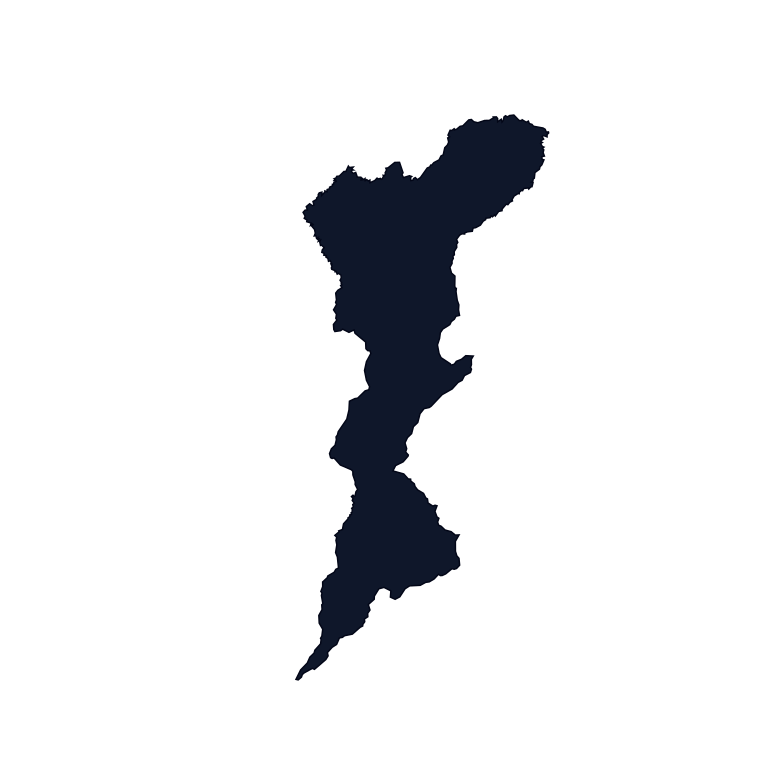 outline of Sevilla, Valle del Cauca, Colombia, rotated 29°
{"feature_id": "7082276B53054479905694", "entity_name": "Sevilla", "entity_type": "district", "adm_level": 2, "iso_a3": "COL", "parent_name": "Colombia", "parent_adm1": "Valle del Cauca", "projection": "natural_earth1", "projection_center": [-75.905, 4.158], "detail": "fine", "context": "isolated", "style": "filled", "palette": "ink", "viewbox_px": 768, "rotation_deg": 29, "n_neighbors": 0, "source": "geoboundaries", "source_scale": "gbopen_adm2", "svg_char_len": 6121}
<svg xmlns="http://www.w3.org/2000/svg" viewBox="0 0 768 768"><g transform="rotate(29 384 384)"><path d="M448.5,316.3L441.8,319.6L439.8,324.8L436.3,329.1L435.9,332.5L433.5,335.1L432.3,334.2L421.1,333.3L417.3,330.6L411.8,323.9L410.5,317.2L408.4,311.8L408.8,307.4L412.8,300.1L412.6,296.8L414.1,293.2L414.1,289.8L416.8,287.4L413.3,283.1L411.1,278.5L407.5,275.3L402.2,268.3L400.9,265.3L400.1,265.7L398.5,264.2L393.7,255.2L389.3,254.3L385.1,250.0L385.1,245.6L383.8,243.3L383.7,240.5L382.3,238.9L382.9,236.9L381.2,234.2L381.4,229.2L379.7,226.6L379.9,224.4L377.3,222.3L378.0,217.1L379.3,214.9L381.8,213.7L381.3,212.8L383.2,210.5L387.2,207.6L386.3,204.5L388.4,202.8L391.3,198.3L391.8,193.5L393.2,191.0L392.7,189.6L396.2,187.1L396.2,185.1L397.8,185.2L398.6,182.5L399.9,183.1L400.6,177.5L403.2,175.2L402.5,173.7L403.7,167.5L405.4,167.1L405.9,164.0L407.6,161.6L406.6,160.6L406.7,156.5L408.9,152.4L410.0,152.1L409.4,150.5L410.5,147.9L411.5,147.7L411.4,145.3L415.1,142.6L416.1,143.3L416.8,140.5L417.8,139.7L416.7,135.6L415.1,135.9L415.9,134.7L415.1,132.4L415.7,131.1L413.5,125.9L415.8,120.8L415.1,118.4L415.8,115.8L415.2,110.4L413.4,110.9L411.8,108.6L413.8,106.9L411.0,104.5L410.2,101.7L408.2,101.0L409.0,99.3L407.4,99.5L404.4,97.8L405.4,96.0L403.7,96.1L403.5,94.8L404.9,92.4L402.2,90.9L403.3,89.3L406.8,88.8L405.7,86.7L406.3,84.6L405.6,83.8L403.8,85.0L401.5,83.1L399.0,83.0L389.8,86.1L387.5,85.2L384.9,85.8L382.8,84.1L381.5,86.1L376.7,85.9L376.6,87.0L374.4,88.0L367.2,85.8L363.7,88.3L362.5,90.5L360.2,90.5L359.5,92.2L360.5,95.7L360.2,97.7L358.2,95.6L356.3,99.6L354.7,96.7L352.8,95.9L350.1,97.5L350.8,98.0L348.3,102.4L344.3,104.7L339.4,110.0L335.4,111.1L332.2,110.3L330.1,111.9L327.8,120.0L325.6,121.8L324.0,126.0L321.9,128.1L322.3,127.0L321.6,126.7L320.5,129.3L318.8,130.0L319.3,135.3L321.5,136.0L320.4,137.9L323.3,141.1L323.6,144.3L322.6,147.9L324.7,154.9L323.3,156.9L323.5,161.3L320.3,166.2L319.6,169.5L318.7,169.9L318.8,172.0L317.1,174.1L315.8,185.7L314.2,189.1L311.3,188.3L310.3,189.9L310.5,191.8L308.8,193.1L307.1,190.5L307.6,189.1L305.3,189.5L301.0,194.0L298.2,192.2L298.2,190.0L290.1,182.6L286.0,185.0L282.7,193.0L281.0,194.4L282.5,195.6L282.6,198.7L283.5,199.7L283.4,201.5L282.1,201.9L282.9,202.7L283.0,205.3L282.3,206.3L281.2,205.9L279.6,207.4L278.1,207.3L277.3,210.5L274.2,214.7L272.8,212.5L271.9,214.0L269.8,213.6L269.0,215.2L267.8,213.5L267.3,215.0L265.2,214.7L265.9,216.0L264.9,216.7L263.5,214.4L260.4,216.0L256.7,212.7L255.1,214.7L252.7,214.1L252.1,212.6L253.4,211.7L251.4,211.7L251.9,209.2L248.8,211.4L247.2,210.7L247.6,216.6L245.9,217.6L244.1,223.8L242.0,225.3L242.1,227.1L241.0,228.5L242.0,228.5L241.7,230.0L243.2,229.2L244.0,230.0L242.4,231.7L243.0,233.8L242.1,234.4L242.9,235.6L241.0,238.2L241.7,239.7L240.0,241.5L240.9,243.5L238.7,243.8L239.2,244.8L238.1,249.3L236.7,246.3L234.7,248.2L234.6,250.1L235.6,251.9L234.9,254.0L235.6,255.1L233.4,258.8L236.0,261.4L234.8,262.8L231.6,262.4L230.0,266.5L232.6,268.9L230.7,270.2L230.0,273.1L233.7,275.4L233.9,277.8L237.2,277.9L237.7,279.5L242.2,278.6L242.8,280.7L243.6,278.7L244.8,278.9L244.2,280.9L248.3,282.5L250.8,285.4L251.2,288.3L252.5,287.3L254.3,289.2L255.3,287.9L255.3,289.1L256.5,288.5L256.1,289.7L257.3,289.9L257.4,290.9L258.7,289.0L259.0,291.0L261.3,293.6L262.1,292.8L265.5,293.7L265.0,296.6L265.8,299.0L268.4,298.7L268.9,300.5L271.3,299.6L271.6,301.1L274.0,301.3L276.0,303.6L277.3,302.2L280.1,304.3L279.4,304.7L281.5,306.3L281.7,308.0L282.7,309.0L286.0,308.6L286.8,309.6L287.7,308.8L289.8,310.6L290.7,309.2L293.7,309.7L295.2,312.0L295.3,314.6L297.7,315.7L297.5,316.5L299.1,317.8L298.3,318.8L300.5,320.2L298.2,324.4L297.7,327.9L301.7,333.6L302.1,336.1L304.0,337.4L303.9,343.6L308.6,346.0L310.0,349.9L311.8,350.9L310.9,356.4L313.7,360.7L315.6,361.9L320.2,358.4L321.2,356.1L328.3,355.8L331.6,351.2L334.1,353.7L347.6,356.2L351.1,361.9L353.6,362.7L355.7,361.8L357.7,363.7L357.8,372.9L360.4,381.6L366.8,389.2L372.7,393.3L373.5,396.4L370.8,399.2L367.8,409.2L365.6,410.9L362.1,415.8L366.0,423.8L368.5,432.8L367.1,447.9L368.0,451.2L367.7,453.5L369.4,455.9L370.9,461.3L369.4,466.1L370.1,471.3L373.0,474.3L374.7,474.3L376.2,472.9L385.1,476.0L397.1,474.8L399.1,475.5L400.9,478.6L406.3,483.5L407.5,485.9L412.1,489.0L411.7,491.8L412.9,495.9L412.4,496.9L410.8,496.3L410.1,498.2L412.4,499.1L412.7,501.3L415.8,502.6L415.1,504.6L416.8,506.4L416.0,508.4L417.2,509.2L418.3,511.8L417.7,512.5L418.8,513.9L417.6,515.0L418.4,516.7L417.4,518.4L417.9,519.5L416.4,525.9L418.2,531.4L415.6,534.4L416.4,535.0L414.4,540.2L416.9,540.9L417.8,544.1L420.7,547.5L423.4,554.9L427.1,557.9L433.4,567.0L431.7,569.5L431.7,572.8L427.9,579.2L428.3,580.9L426.3,586.9L428.6,590.9L429.4,596.1L431.1,596.8L431.8,599.3L437.0,605.8L436.6,607.3L439.2,611.3L439.2,618.0L443.3,624.6L449.3,628.2L451.9,634.7L451.8,637.2L452.9,638.0L454.5,642.0L452.6,650.3L453.3,653.2L451.6,658.8L452.2,665.2L449.7,674.5L450.2,685.0L452.4,684.4L453.9,680.4L453.4,677.7L454.2,675.4L457.7,669.8L459.3,667.4L461.5,667.3L466.7,653.2L466.9,648.9L464.7,646.3L466.3,639.4L468.8,634.7L468.1,627.7L470.5,625.7L471.5,623.3L477.6,618.1L481.1,608.3L482.7,606.0L482.0,604.6L482.4,601.3L480.8,599.1L482.7,595.4L480.9,592.5L481.3,588.5L477.2,584.5L479.8,577.0L478.4,574.2L478.8,565.6L482.6,561.9L489.6,561.6L490.4,561.8L492.9,567.3L498.1,566.9L501.0,562.5L501.7,552.9L504.3,548.1L513.3,542.5L516.6,537.3L519.5,535.1L522.4,530.1L523.9,524.0L526.2,524.2L527.7,523.3L530.0,520.2L533.0,512.6L535.2,512.0L536.9,510.2L538.0,505.8L534.1,500.1L531.0,499.0L527.6,495.7L522.7,487.0L522.8,479.6L519.6,481.6L514.3,480.6L508.2,482.1L502.9,480.7L500.2,481.0L497.8,478.7L497.1,474.8L494.8,474.6L490.3,470.7L489.4,464.8L487.4,465.3L485.9,467.1L480.2,466.7L477.7,463.4L475.8,463.4L471.6,460.5L464.7,460.3L460.8,458.6L458.9,456.6L454.5,455.9L453.4,454.3L451.2,455.3L444.9,453.1L433.9,455.7L433.7,449.7L438.5,442.7L440.0,435.4L439.7,434.3L435.9,433.0L435.2,429.6L430.9,425.3L430.5,419.5L432.2,414.0L430.4,407.1L432.2,401.3L429.9,392.5L431.0,386.1L435.0,382.6L436.0,380.6L440.0,365.1L446.0,355.3L448.0,346.7L450.5,342.9L450.3,337.6L454.0,332.0L453.3,328.6L451.6,327.5L451.1,324.7L448.4,320.1L448.5,316.3Z" fill="#0f172a" stroke="#020617" stroke-width="1.5"/></g></svg>